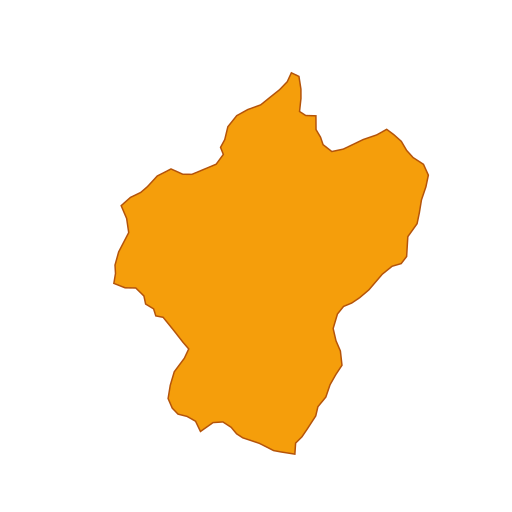 the district of Taiaçu, São Paulo, Brazil, rotated 33°
{"feature_id": "56859067B95605484222481", "entity_name": "Taiaçu", "entity_type": "district", "adm_level": 2, "iso_a3": "BRA", "parent_name": "Brazil", "parent_adm1": "São Paulo", "projection": "equal_earth", "projection_center": [-48.531, -21.132], "detail": "fine", "context": "isolated", "style": "filled", "palette": "amber", "viewbox_px": 512, "rotation_deg": 33, "n_neighbors": 0, "source": "geoboundaries", "source_scale": "gbopen_adm2", "svg_char_len": 1367}
<svg xmlns="http://www.w3.org/2000/svg" viewBox="0 0 512 512"><g transform="rotate(33 256 256)"><path d="M185.9,83.1L187.3,92.8L185.2,103.7L181.6,114.5L177.6,126.7L169.3,137.7L163.4,148.8L162.0,162.9L166.4,175.4L167.1,184.2L173.3,188.6L172.6,200.7L157.8,222.4L150.1,227.3L137.3,229.3L129.6,242.7L127.2,256.9L124.7,265.5L118.8,275.2L115.5,287.2L127.1,295.0L136.5,305.7L138.6,327.4L142.7,340.4L147.7,347.2L151.7,356.4L163.5,354.0L172.6,348.3L183.8,350.6L189.6,356.4L198.9,356.1L204.6,360.8L211.5,358.0L228.1,363.4L241.7,368.1L250.2,370.6L251.6,380.8L250.5,397.6L254.5,411.1L259.9,423.4L268.6,429.2L276.7,431.1L285.5,428.1L295.3,427.5L305.0,433.4L310.7,419.1L318.6,413.2L328.5,413.2L336.6,415.7L343.9,415.7L360.8,411.3L376.7,409.6L383.5,406.8L396.5,401.0L391.1,391.3L393.0,382.7L393.2,373.4L393.2,357.6L390.0,348.7L391.4,336.3L388.2,323.6L387.5,311.9L387.6,300.8L378.5,289.7L369.2,283.5L360.2,274.8L355.9,260.3L356.9,250.6L361.9,243.3L365.6,234.6L369.1,222.9L371.8,202.5L375.7,190.5L381.9,183.3L382.6,174.4L372.8,157.1L373.5,141.2L369.5,130.9L364.2,118.8L360.8,105.4L356.5,94.3L346.5,87.9L334.1,87.9L324.8,85.4L315.4,80.7L305.7,79.2L296.6,78.6L291.2,88.8L282.5,99.9L271.0,118.8L262.7,127.1L251.6,126.1L245.4,121.2L237.5,117.3L229.9,105.8L221.2,111.1L213.8,111.1L207.9,99.4L202.8,91.6L194.2,82.0L185.9,83.1Z" fill="#f59e0b" stroke="#b45309" stroke-width="1.5"/></g></svg>